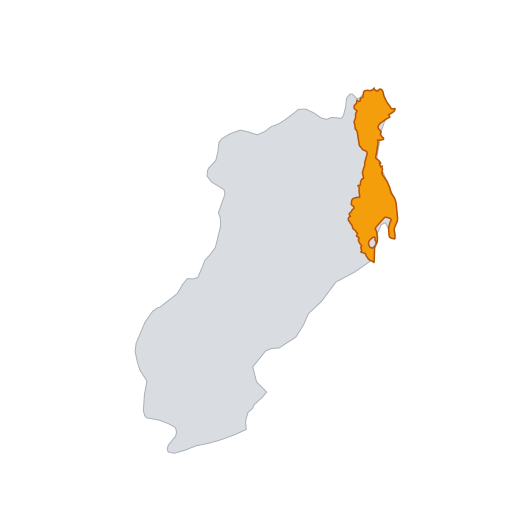 Vlorë highlighted on a map of Albania, rotated 218°
{"feature_id": "ALB-1504", "entity_name": "Vlorë", "entity_type": "County", "adm_level": 1, "iso_a3": "ALB", "parent_name": "Albania", "parent_adm1": "", "projection": "robinson", "projection_center": [19.787, 40.148], "detail": "fine", "context": "in_parent", "style": "filled", "palette": "amber", "viewbox_px": 512, "rotation_deg": 218, "n_neighbors": 0, "source": "natural_earth", "source_scale": "10m", "svg_char_len": 5049}
<svg xmlns="http://www.w3.org/2000/svg" viewBox="0 0 512 512"><g transform="rotate(218 256 256)"><path d="M163.8,155.3L164.1,148.4L165.9,137.5L164.9,133.8L166.0,127.6L162.5,119.3L156.9,113.3L162.4,102.7L170.3,89.9L177.7,79.7L186.7,69.1L192.6,58.9L199.0,50.2L204.5,47.5L207.3,49.4L208.7,53.2L208.4,64.5L210.2,68.4L214.0,71.3L222.1,69.9L231.0,67.1L242.9,61.1L245.0,61.5L249.4,64.6L258.7,78.3L264.9,90.3L277.0,94.5L283.8,99.1L292.5,106.3L296.7,113.4L302.7,135.4L303.4,148.6L301.7,154.6L300.3,156.2L294.9,177.8L296.3,188.8L296.2,196.0L291.7,198.9L288.6,203.4L293.6,221.4L293.0,229.0L293.3,237.8L302.3,257.8L307.6,264.0L312.3,267.0L318.4,285.4L322.0,288.6L336.7,286.9L343.8,288.9L346.7,293.3L347.4,296.3L346.5,306.6L350.1,314.5L355.1,322.7L355.1,327.7L351.9,335.9L346.0,345.5L338.3,349.1L329.7,352.2L325.6,359.6L323.6,367.5L319.8,373.4L317.4,379.8L313.8,392.8L313.0,397.6L307.2,402.4L298.2,404.4L290.1,404.8L284.6,407.0L281.9,411.5L276.7,415.1L273.6,416.7L273.6,420.7L277.4,429.1L281.7,435.9L281.8,441.4L279.7,442.9L273.1,442.2L271.7,444.2L271.0,450.3L269.2,455.5L266.5,458.7L261.8,462.2L253.1,461.0L245.0,455.8L240.8,454.2L238.3,454.4L237.7,441.6L234.2,431.7L221.3,407.8L179.5,384.8L169.7,374.4L165.4,365.7L161.1,357.5L165.2,357.3L169.3,359.4L174.5,361.9L176.6,357.8L174.4,348.8L163.7,327.8L162.9,322.0L168.2,304.5L177.0,284.7L176.4,260.8L179.2,242.8L176.2,231.1L174.7,216.7L181.2,197.7L186.7,192.9L190.0,186.9L190.3,166.6L178.0,157.1L163.8,155.3Z" fill="#d9dde1" stroke="#a8b0b8" stroke-width="1"/><path d="M272.3,441.0L272.2,441.0L271.1,440.8L270.1,441.2L269.3,442.2L269.6,442.8L270.3,443.4L270.6,444.5L270.5,445.2L269.7,446.9L269.6,447.3L269.9,447.8L270.7,448.8L270.9,449.2L271.4,450.4L272.0,451.0L272.3,451.7L272.0,453.3L270.4,455.1L268.3,456.2L266.6,457.8L266.3,460.9L265.3,460.3L264.3,460.0L263.3,460.0L262.4,460.3L261.5,461.2L261.4,462.3L261.4,463.3L261.0,464.0L259.2,464.5L256.9,463.5L253.6,460.7L248.4,458.1L243.8,456.7L240.0,455.5L238.2,456.6L237.8,456.7L237.7,457.5L236.9,457.5L236.3,455.5L236.7,453.2L238.5,449.0L236.5,448.2L236.0,447.7L237.7,444.1L239.8,437.1L240.0,435.5L239.3,432.6L238.1,431.8L236.3,431.6L233.8,430.8L233.6,430.4L233.6,429.9L233.5,429.3L233.0,428.8L231.5,427.9L230.3,427.5L228.4,427.5L227.5,426.9L227.5,426.0L229.2,424.0L230.3,423.0L231.5,422.2L229.5,420.4L224.1,410.7L223.4,409.0L222.6,407.6L221.7,406.9L218.0,406.8L216.2,406.5L215.0,405.9L215.9,405.1L212.8,403.1L212.3,404.0L212.1,404.4L212.0,405.1L211.6,403.8L211.1,403.2L210.4,402.8L209.6,402.1L209.5,401.6L208.6,400.0L207.7,398.6L207.3,398.9L206.2,397.8L198.7,395.5L192.4,392.0L188.7,389.0L182.3,386.9L178.5,384.3L167.7,373.0L166.5,371.1L165.9,369.9L164.4,363.8L163.6,362.1L159.6,358.4L158.2,356.6L158.0,356.1L158.0,355.9L157.4,355.7L157.4,354.7L160.4,353.3L162.3,353.1L164.0,354.3L168.1,358.9L169.1,360.4L170.6,363.7L171.3,365.7L171.5,367.6L172.6,368.2L175.0,367.7L177.4,366.6L178.4,365.6L179.2,353.1L178.9,351.0L176.0,349.5L172.1,345.8L169.0,341.7L168.4,338.7L169.2,339.5L169.5,340.6L169.8,341.8L170.7,341.5L171.6,341.5L173.8,343.9L175.2,343.1L175.9,340.5L176.1,337.2L174.7,334.6L171.7,333.1L169.0,333.8L168.4,337.7L167.6,335.5L159.7,324.7L159.2,323.6L162.0,323.3L163.8,322.7L165.5,322.8L167.1,323.2L169.5,324.1L171.3,325.1L172.4,325.0L175.1,323.8L175.7,323.8L176.0,324.0L176.0,324.4L175.9,324.7L176.0,325.1L176.4,325.6L177.1,326.2L178.4,326.9L178.8,327.4L178.9,327.9L178.8,328.4L179.1,329.1L179.6,329.4L180.7,329.4L181.8,329.8L184.5,331.0L185.1,331.5L185.5,331.9L185.5,332.3L185.5,332.7L185.5,333.0L185.8,333.6L186.3,333.7L187.1,333.8L187.9,333.5L188.5,333.5L189.0,333.6L189.2,333.8L189.3,334.0L189.2,334.3L189.5,334.8L189.8,336.2L190.2,336.4L190.8,336.6L191.8,336.5L192.7,337.0L194.2,337.2L196.3,337.2L199.5,339.3L200.3,339.7L200.7,339.7L201.2,339.7L201.6,339.7L202.2,340.0L202.9,340.5L203.5,340.8L203.8,340.9L204.1,340.8L204.4,340.7L204.8,340.8L205.3,341.1L206.0,341.9L206.4,342.6L206.6,343.9L206.5,344.5L206.3,345.0L206.1,345.1L206.0,345.3L206.0,345.5L207.9,346.0L208.3,346.3L208.6,346.7L208.6,347.5L208.4,348.9L208.2,349.4L208.3,349.9L208.6,351.4L208.6,352.1L208.4,352.7L208.2,353.3L208.2,353.8L208.5,354.3L209.2,354.9L210.0,355.2L211.2,355.0L212.7,355.3L214.5,358.1L214.9,359.2L215.0,360.0L214.7,361.2L214.0,362.4L213.1,363.7L211.5,365.4L210.7,365.9L210.7,366.4L211.2,367.1L214.5,370.3L216.5,373.0L217.0,373.5L217.5,373.8L218.9,374.1L219.0,374.3L219.0,374.5L218.6,374.9L217.7,375.6L217.5,375.8L217.6,376.2L217.9,376.8L218.9,378.2L219.5,379.4L219.9,381.1L219.9,381.9L219.7,382.4L219.0,383.0L219.3,383.6L219.6,384.0L223.4,387.1L225.4,391.8L225.6,393.2L226.1,394.2L227.8,396.5L228.9,399.0L231.2,404.8L232.0,405.8L232.9,406.3L234.4,406.3L236.6,405.6L237.3,405.5L238.0,405.6L240.8,406.4L241.6,406.4L242.9,407.0L251.8,415.3L253.7,416.7L255.0,417.1L255.7,417.1L256.3,417.5L258.8,420.1L261.0,421.7L261.5,422.4L262.3,425.2L262.7,426.3L263.8,427.8L264.8,428.9L265.3,430.0L265.5,432.3L266.9,432.6L268.5,432.6L269.3,432.8L270.2,433.3L270.8,434.2L271.2,435.2L270.9,438.6L272.1,440.3L272.3,441.0L272.3,441.0Z" fill="#f59e0b" stroke="#b45309" stroke-width="1.5"/></g></svg>